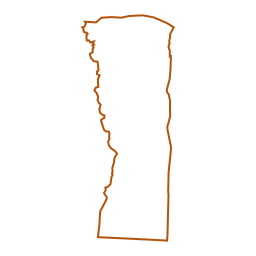 Hatillo, Puerto Rico
{"feature_id": "32010507B41053706339825", "entity_name": "Hatillo", "entity_type": "district", "adm_level": 2, "iso_a3": "PRI", "parent_name": "Puerto Rico", "parent_adm1": "", "projection": "orthographic", "projection_center": [-66.807, 18.407], "detail": "fine", "context": "isolated", "style": "outline", "palette": "amber", "viewbox_px": 256, "rotation_deg": 0, "n_neighbors": 0, "source": "geoboundaries", "source_scale": "gbopen_adm2", "svg_char_len": 1654}
<svg xmlns="http://www.w3.org/2000/svg" viewBox="0 0 256 256"><path d="M167.5,234.9L168.5,195.2L168.2,191.4L168.6,172.2L168.8,170.7L170.9,150.1L171.0,147.2L170.4,143.9L170.3,143.6L167.5,129.6L167.3,126.4L168.1,124.3L170.2,116.1L170.0,109.5L170.0,105.3L170.1,101.2L168.8,94.4L167.3,92.6L166.7,89.9L169.6,79.4L169.9,75.9L170.5,69.2L170.9,56.2L169.8,56.5L169.8,51.0L168.5,46.6L169.2,44.4L169.6,43.9L169.2,41.1L170.2,36.8L170.0,34.5L173.7,27.3L168.2,23.9L167.4,23.3L153.8,17.4L152.3,17.1L146.4,16.0L143.2,15.4L139.4,15.5L139.0,15.5L129.3,16.0L126.4,16.6L123.4,17.2L121.1,17.7L116.6,17.4L111.4,17.1L106.8,17.4L101.4,17.7L99.9,19.0L96.0,22.4L84.9,21.7L85.9,23.6L84.4,26.7L82.3,27.3L83.5,29.1L83.6,31.1L83.7,31.5L84.8,32.5L86.6,32.6L87.7,33.9L86.4,35.1L86.7,40.4L89.1,40.5L90.4,42.5L93.8,41.5L92.9,43.3L94.1,44.7L92.4,45.5L93.6,47.6L92.7,48.8L92.7,52.2L89.8,53.8L90.9,58.0L93.9,61.3L97.5,61.6L98.1,65.6L98.5,70.6L96.9,71.4L97.1,74.2L99.6,75.4L98.0,79.1L98.0,81.3L98.3,86.9L95.7,87.7L94.4,90.3L96.9,93.5L98.1,96.8L97.6,100.1L98.9,103.1L100.6,104.6L99.3,109.9L100.2,113.0L102.8,115.1L104.4,115.4L104.3,117.9L101.2,119.7L101.0,120.6L104.0,129.8L106.0,131.4L108.9,131.6L109.5,133.8L109.0,136.4L109.5,138.8L108.1,141.7L108.8,145.0L110.7,148.0L113.0,149.7L114.4,150.5L115.4,151.6L117.1,153.8L115.0,156.9L114.3,158.7L114.1,162.1L112.3,168.1L112.6,172.0L112.0,173.1L112.5,175.1L111.6,176.7L110.4,184.3L107.6,187.0L105.4,187.5L105.7,190.2L104.0,193.1L106.7,197.0L106.7,198.8L105.3,201.6L103.4,205.3L100.2,211.4L99.5,221.8L99.5,223.7L97.9,237.1L98.5,237.2L136.7,239.0L137.7,239.1L148.8,239.6L167.1,240.6L167.5,234.9Z" fill="none" stroke="#b45309" stroke-width="2"/></svg>